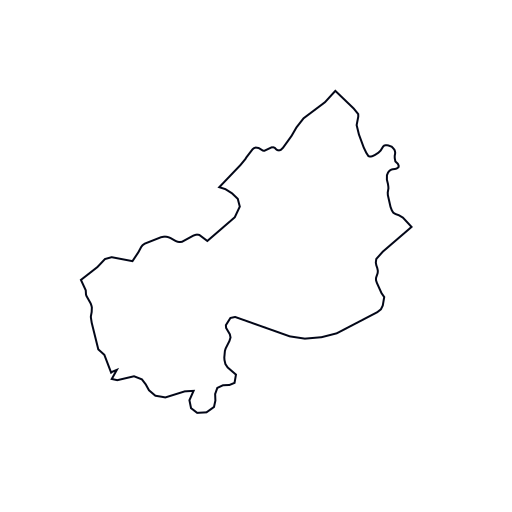 an SVG outline of Santa Ana, rotated 213°
{"feature_id": "SLV-1358", "entity_name": "Santa Ana", "entity_type": "Department", "adm_level": 1, "iso_a3": "SLV", "parent_name": "El Salvador", "parent_adm1": "", "projection": "orthographic", "projection_center": [-89.512, 14.11], "detail": "fine", "context": "isolated", "style": "outline", "palette": "ink", "viewbox_px": 512, "rotation_deg": 213, "n_neighbors": 0, "source": "natural_earth", "source_scale": "10m", "svg_char_len": 2403}
<svg xmlns="http://www.w3.org/2000/svg" viewBox="0 0 512 512"><g transform="rotate(213 256 256)"><path d="M126.1,291.4L122.7,283.5L122.2,279.3L123.7,274.9L146.2,235.1L156.8,223.6L170.0,213.3L183.9,207.0L240.3,193.5L243.7,190.1L243.6,181.6L241.9,179.4L235.3,176.1L233.0,173.8L232.0,170.3L231.1,162.0L230.4,159.5L227.3,153.6L225.8,151.6L222.8,148.7L219.1,147.1L208.2,145.6L204.9,137.9L208.0,133.4L213.3,129.6L216.6,124.3L215.1,118.0L211.3,112.6L209.0,106.5L212.4,97.9L219.9,92.4L227.6,93.0L233.3,98.8L234.9,108.9L242.0,103.7L255.0,88.0L258.6,86.5L264.3,84.0L272.6,85.1L278.6,88.3L284.5,90.4L292.8,88.7L304.7,76.3L310.0,74.3L310.7,84.7L313.5,80.6L314.0,79.3L329.2,90.4L329.3,90.5L337.4,91.8L357.4,110.5L360.9,114.4L361.6,115.4L363.3,119.5L365.6,123.4L366.8,124.6L368.7,126.1L376.5,130.2L377.6,131.1L380.1,134.5L389.8,140.6L383.0,160.3L381.0,171.2L376.4,176.4L356.8,184.4L356.7,195.2L357.2,201.2L357.0,203.3L356.0,205.8L345.9,220.0L344.0,221.8L343.0,222.6L341.7,223.3L340.5,223.8L339.0,224.2L337.4,224.5L332.0,224.8L330.6,225.0L329.1,225.4L327.9,226.0L326.9,226.7L325.8,227.6L319.7,238.9L318.4,240.6L317.4,241.6L316.2,242.3L314.9,242.8L305.0,242.1L294.9,276.9L296.5,288.6L302.4,294.0L310.2,295.5L318.1,295.4L324.3,293.7L318.6,323.7L317.7,331.6L317.8,333.3L317.0,343.7L316.4,345.4L315.3,346.8L312.6,348.0L310.6,348.1L308.9,348.1L307.4,348.2L306.3,348.8L302.1,355.6L300.4,356.7L298.9,356.9L297.6,356.5L296.2,356.4L294.9,356.7L293.8,357.5L293.0,358.5L292.3,361.5L291.6,376.1L292.1,385.9L291.1,397.4L281.9,422.6L279.4,437.7L254.4,432.9L247.6,430.7L246.8,429.6L246.1,428.5L242.9,420.6L235.9,414.0L224.8,405.7L219.7,402.6L216.1,401.0L214.7,401.4L213.6,402.2L212.7,403.2L211.3,405.5L209.6,409.3L208.9,412.3L209.0,417.1L208.6,418.5L207.4,419.7L205.5,420.7L201.7,421.6L199.3,421.0L197.6,420.4L196.4,419.4L195.5,418.4L194.9,417.2L194.2,415.5L193.0,413.7L190.6,411.2L187.3,410.6L185.6,409.5L184.9,408.4L185.2,407.0L185.8,405.8L186.7,404.8L188.7,403.1L189.5,402.2L190.2,400.9L190.6,399.4L190.7,397.9L190.2,395.1L187.8,391.3L184.6,388.3L183.0,386.5L181.8,384.9L180.1,381.0L178.6,378.9L170.0,370.5L167.0,368.3L164.5,367.1L162.9,367.1L161.3,367.3L158.4,368.0L153.7,368.2L141.4,365.1L152.0,328.8L153.5,319.1L153.0,317.9L151.9,315.7L150.0,313.7L147.8,312.0L145.9,310.1L145.2,309.0L144.6,307.7L143.5,303.3L142.9,302.1L142.0,300.9L140.0,299.3L130.5,293.2L126.1,291.4Z" fill="none" stroke="#020617" stroke-width="2"/></g></svg>